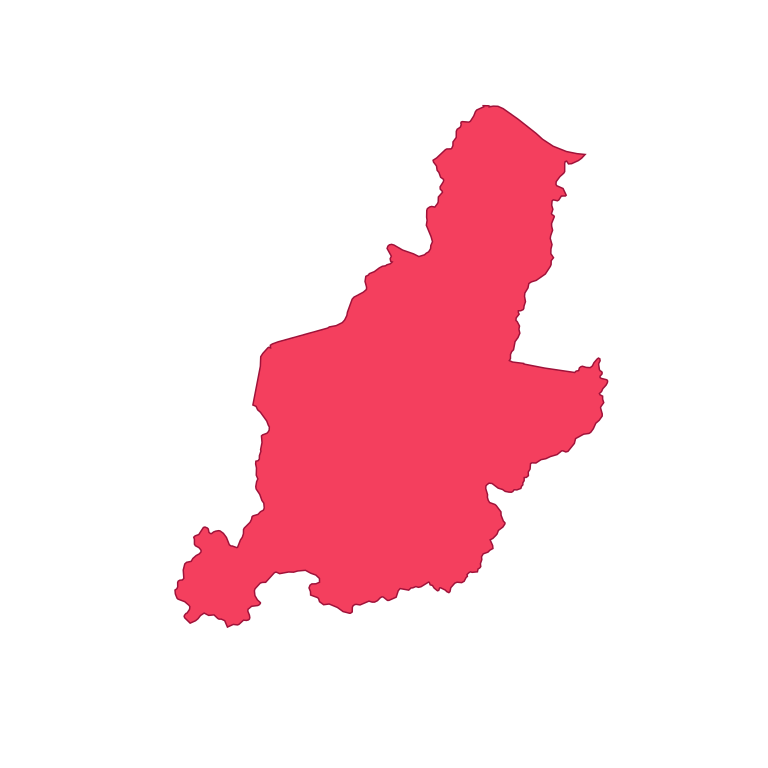 the district of Salitre, Guayas, Ecuador, rotated 247°
{"feature_id": "8360857B73646233564804", "entity_name": "Salitre", "entity_type": "district", "adm_level": 2, "iso_a3": "ECU", "parent_name": "Ecuador", "parent_adm1": "Guayas", "projection": "albers", "projection_center": [-79.812, -1.795], "detail": "fine", "context": "isolated", "style": "filled", "palette": "rose", "viewbox_px": 768, "rotation_deg": 247, "n_neighbors": 0, "source": "geoboundaries", "source_scale": "gbopen_adm2", "svg_char_len": 6171}
<svg xmlns="http://www.w3.org/2000/svg" viewBox="0 0 768 768"><g transform="rotate(247 384 384)"><path d="M457.3,281.2L448.6,277.1L415.9,255.1L413.4,257.5L409.6,257.6L406.3,259.2L395.7,261.6L391.2,261.4L389.3,261.7L386.3,260.2L384.9,258.2L384.4,256.8L384.6,252.4L384.1,250.9L377.7,248.8L371.7,244.7L370.3,244.5L366.7,241.3L363.6,239.9L362.6,238.1L363.0,235.9L360.6,234.6L356.5,233.8L350.0,230.8L345.9,230.8L343.9,228.6L339.7,225.9L337.4,225.3L330.9,226.5L324.5,226.1L321.3,226.8L316.6,225.3L315.0,223.7L314.7,220.4L313.2,217.1L313.8,211.9L313.4,210.7L311.1,209.1L309.0,206.6L306.0,199.1L304.9,197.8L301.1,196.1L298.3,193.7L296.5,190.9L290.9,185.4L290.9,184.6L294.2,181.0L294.6,180.0L296.4,178.8L304.3,179.0L309.3,177.8L312.8,175.7L313.6,174.5L314.3,171.6L314.4,169.4L313.7,166.8L314.2,165.7L315.8,164.9L319.2,165.6L320.5,165.1L322.3,163.3L322.5,161.7L317.8,154.7L318.0,150.8L317.3,149.0L315.1,148.8L310.6,146.9L308.8,147.2L305.7,149.7L303.5,150.4L302.2,150.6L300.9,149.9L299.8,147.6L299.5,144.1L298.1,139.9L296.1,137.2L297.0,132.6L296.2,130.3L291.2,126.5L283.3,123.8L282.4,121.9L283.2,119.2L282.9,117.5L281.9,116.5L277.8,114.8L276.4,113.2L276.0,111.1L272.3,109.9L267.7,109.8L266.5,110.3L261.5,115.5L256.5,118.0L254.9,118.3L252.6,117.0L250.2,113.4L250.1,111.9L249.0,109.9L248.1,109.2L246.6,109.2L239.6,112.1L239.7,118.0L240.6,121.1L242.6,124.6L243.4,128.9L239.5,132.2L237.9,137.3L233.1,139.4L232.0,140.3L231.1,142.4L228.4,144.9L221.4,144.9L221.6,151.3L219.5,155.0L219.4,156.5L221.5,162.4L220.1,165.0L219.8,167.0L220.2,168.3L221.4,169.2L223.8,169.8L228.3,169.9L229.8,170.9L231.1,175.3L229.4,181.3L229.6,183.2L230.5,184.6L231.0,184.8L234.8,183.1L239.7,182.5L244.3,183.9L245.9,185.3L249.1,192.3L248.9,194.4L247.7,197.6L253.0,209.1L253.2,210.4L252.7,211.6L250.2,213.8L248.2,222.8L246.1,227.3L245.6,231.5L243.2,238.9L238.4,242.7L234.8,246.6L230.2,248.6L226.7,247.2L226.7,243.2L228.2,239.4L227.7,237.3L225.6,235.3L221.6,235.2L218.4,234.0L213.3,239.4L211.9,239.9L208.8,239.6L204.4,242.2L202.9,247.6L196.5,253.8L190.5,257.4L186.5,262.6L186.1,263.7L186.6,265.7L190.8,267.6L191.9,268.8L192.4,270.8L192.0,272.4L190.0,275.6L190.0,285.3L187.9,287.8L186.9,290.2L187.1,293.3L188.7,297.1L188.9,299.1L188.0,300.2L183.5,302.6L182.9,304.0L183.0,311.9L188.1,316.3L189.4,318.9L184.6,326.2L185.7,329.2L185.1,330.9L185.1,334.2L183.4,336.2L182.9,338.8L184.2,347.3L184.1,347.9L183.1,348.2L181.1,348.0L179.6,349.9L176.6,350.4L172.8,352.4L172.6,353.7L174.5,355.5L174.3,356.5L170.2,360.0L168.4,360.6L166.6,362.2L167.1,363.6L170.4,365.9L173.0,371.3L173.0,373.8L170.8,377.9L171.1,380.7L173.8,384.0L174.3,385.6L176.2,386.0L177.2,388.7L177.3,390.2L176.2,391.5L174.6,396.6L176.9,398.2L177.3,400.3L178.1,401.7L181.0,402.6L184.1,405.4L186.9,406.3L188.9,409.0L188.6,414.0L189.7,416.7L190.0,420.0L192.9,420.9L199.1,420.8L199.3,423.8L200.9,427.8L201.7,429.4L204.5,432.1L205.9,437.6L208.0,440.7L209.1,441.1L211.1,440.3L217.5,440.5L220.6,441.7L228.3,439.8L229.8,439.0L233.6,434.9L236.2,434.5L239.3,434.9L241.7,436.1L248.0,436.8L250.2,437.9L250.9,439.0L251.7,441.9L250.2,444.6L243.5,448.4L240.6,451.9L237.8,453.6L235.7,456.7L234.6,459.0L234.7,460.5L235.8,462.5L234.6,464.9L234.4,469.2L236.1,470.6L236.9,472.4L238.8,473.2L240.2,475.2L243.1,476.5L242.4,478.6L243.2,481.1L246.6,482.4L248.6,485.2L253.5,487.8L253.6,489.4L251.9,493.0L253.0,499.0L252.0,503.8L252.2,508.8L251.4,515.8L253.0,521.3L252.6,522.6L250.4,524.8L250.1,527.0L254.9,536.0L258.9,539.0L259.8,548.2L258.4,553.4L258.8,555.5L261.0,559.2L265.1,563.6L266.5,567.9L269.2,572.3L271.2,573.2L277.4,574.0L278.3,574.6L281.0,579.0L284.5,579.3L287.4,580.5L289.7,578.6L291.1,578.5L292.0,581.2L294.2,583.6L296.2,588.0L297.9,590.1L299.3,591.0L300.3,591.0L301.1,590.4L304.3,586.2L305.5,585.4L306.8,585.9L307.9,588.4L309.0,589.2L310.3,589.2L311.8,588.1L313.0,587.9L318.1,589.2L319.2,589.9L320.9,592.0L322.9,592.5L324.1,591.5L323.7,589.9L321.5,585.5L319.2,582.9L318.5,580.2L320.3,576.6L322.8,573.6L323.0,572.1L322.5,570.2L320.3,568.4L320.8,565.9L320.1,564.0L335.9,538.1L347.7,520.6L348.3,520.7L354.0,510.9L356.6,508.5L357.9,510.3L361.8,512.0L363.9,514.2L364.9,516.6L371.8,521.2L374.4,525.5L377.7,528.9L381.7,529.6L384.4,531.4L389.3,531.0L391.0,530.3L393.2,531.5L395.5,535.7L397.3,535.6L398.9,536.3L398.0,538.5L398.1,541.1L398.8,542.1L401.1,543.4L404.5,546.4L409.8,547.6L412.7,549.2L416.2,554.1L419.9,556.6L420.4,559.6L419.9,564.6L422.2,575.5L427.3,583.1L428.7,584.5L432.2,586.1L434.0,589.4L438.8,588.5L443.0,590.4L446.6,593.1L453.0,593.9L455.3,595.3L459.7,599.3L463.8,600.0L466.3,601.0L471.4,606.1L472.6,606.1L474.2,604.9L475.4,604.7L478.8,607.7L483.0,608.2L486.8,610.2L487.4,611.8L484.9,615.2L485.1,616.8L487.7,620.7L486.2,624.5L486.6,625.5L494.0,625.2L499.0,620.5L500.6,620.3L503.0,621.6L506.2,627.0L507.8,631.8L508.9,633.3L516.6,636.6L517.9,637.7L517.8,639.2L514.5,639.8L513.5,642.8L513.7,650.2L514.6,654.1L516.7,658.8L520.6,651.7L526.7,642.8L536.8,632.6L547.3,625.6L555.3,621.9L575.2,611.0L590.9,601.3L595.1,597.4L597.1,593.1L598.0,589.2L598.6,589.6L599.4,588.7L601.4,584.1L600.2,584.1L600.0,576.4L599.0,574.6L595.7,571.4L592.1,566.2L591.9,564.4L594.9,558.7L595.0,557.5L594.2,556.7L592.4,556.3L590.6,554.6L589.9,550.9L588.4,549.3L582.7,546.8L579.9,542.1L576.5,540.6L574.4,538.3L574.3,537.4L575.8,533.7L575.7,532.1L571.5,520.7L570.8,516.6L568.9,516.3L564.2,517.5L559.9,516.4L557.3,517.2L552.2,516.9L549.2,518.7L548.1,518.5L546.8,517.4L543.6,512.7L541.4,511.9L538.8,512.9L537.6,512.7L534.9,507.1L530.4,505.0L529.3,503.9L527.0,499.9L528.8,497.3L529.1,495.3L528.5,492.5L527.1,491.2L520.9,488.4L517.8,487.6L513.6,485.0L501.2,484.9L496.0,484.2L493.2,481.2L490.3,479.7L488.2,476.7L487.9,474.0L487.1,471.8L487.7,465.9L492.3,462.0L500.0,453.5L508.0,447.5L509.6,445.5L510.0,443.3L509.4,441.5L507.6,439.8L498.8,440.7L496.9,438.6L494.4,438.1L493.1,439.3L492.2,436.7L492.6,433.2L492.2,431.6L493.0,428.5L492.7,425.0L491.2,419.0L491.3,413.6L490.4,412.3L490.2,409.3L485.8,406.6L480.0,405.8L477.9,404.8L476.6,400.8L475.7,390.3L474.5,387.8L464.4,378.4L461.6,376.6L458.3,372.8L456.8,369.6L456.4,362.8L457.9,356.0L457.5,354.0L464.2,303.0L464.5,296.8L464.1,294.5L461.6,293.7L462.8,292.3L462.7,291.3L459.5,284.4L457.3,281.2Z" fill="#f43f5e" stroke="#9f1239" stroke-width="1.5"/></g></svg>